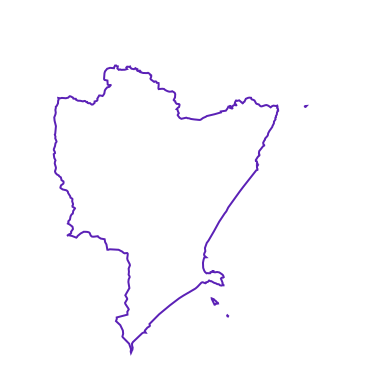 outline of Ky Anh, Ha Tinh, Vietnam, rotated 76°
{"feature_id": "81297802B12468750690576", "entity_name": "Ky Anh", "entity_type": "district", "adm_level": 2, "iso_a3": "VNM", "parent_name": "Vietnam", "parent_adm1": "Ha Tinh", "projection": "robinson", "projection_center": [106.198, 18.11], "detail": "fine", "context": "isolated", "style": "outline", "palette": "violet", "viewbox_px": 384, "rotation_deg": 76, "n_neighbors": 0, "source": "geoboundaries", "source_scale": "gbopen_adm2", "svg_char_len": 6005}
<svg xmlns="http://www.w3.org/2000/svg" viewBox="0 0 384 384"><g transform="rotate(76 192 192)"><path d="M51.7,241.5L51.9,244.5L53.9,247.2L55.6,248.2L61.1,250.0L62.1,249.7L63.4,247.1L67.3,247.8L67.8,247.4L68.4,246.0L68.5,245.1L68.8,245.1L69.9,246.7L70.0,249.0L71.3,250.9L72.4,252.0L75.3,253.3L76.9,255.0L77.2,255.6L76.3,257.3L75.9,258.7L78.7,261.4L79.8,261.4L80.4,262.0L80.6,262.7L80.6,264.6L82.0,265.0L83.1,267.1L82.8,268.3L81.1,269.5L80.8,271.0L80.3,271.7L79.3,271.9L79.2,272.7L77.8,273.8L77.6,274.5L77.7,275.9L76.5,278.2L75.8,280.6L74.4,282.2L73.5,282.2L72.7,284.5L71.6,284.7L69.8,286.7L69.5,287.6L70.5,289.3L70.5,291.7L69.2,295.6L69.2,297.2L68.4,299.0L70.2,299.1L71.0,299.8L73.6,300.6L75.8,302.5L76.3,303.5L77.5,303.8L79.3,304.7L82.0,305.0L83.6,305.7L86.3,307.6L89.7,308.1L95.2,308.1L101.5,310.3L102.6,310.7L103.0,311.2L105.3,311.1L106.8,311.7L110.1,311.2L110.7,311.5L111.7,312.7L114.3,313.8L117.0,315.7L117.9,315.9L119.9,315.4L121.1,315.5L121.8,317.0L125.6,317.4L128.3,316.8L129.6,317.7L131.2,318.3L135.2,318.1L136.5,318.5L138.7,319.9L140.2,319.9L142.2,318.9L143.8,317.2L144.5,317.1L146.1,315.7L149.0,315.7L150.6,314.2L151.2,314.2L152.1,314.4L152.8,314.9L153.9,317.5L155.7,318.6L156.3,318.6L158.2,316.9L159.8,313.8L160.5,313.0L161.6,312.4L163.1,312.4L166.7,311.2L168.0,311.3L169.4,309.9L169.9,309.7L172.0,310.5L174.9,310.3L175.7,310.6L176.3,311.3L177.4,311.5L179.2,309.6L179.6,309.5L181.6,311.8L184.1,312.9L184.6,314.2L186.2,315.7L189.2,317.1L190.5,319.1L191.4,319.1L192.6,320.1L193.9,318.6L196.7,316.4L198.5,316.4L199.3,316.6L201.2,318.9L202.6,319.2L203.0,319.8L203.5,322.1L204.3,323.9L204.0,322.3L205.6,319.1L208.3,315.3L207.9,314.5L207.0,313.6L205.3,310.1L204.4,306.6L205.3,303.5L206.1,301.9L207.0,301.2L209.8,300.8L211.1,299.8L211.6,298.2L212.1,294.1L213.0,293.8L215.1,291.8L216.7,288.2L219.7,288.4L222.2,287.7L227.5,288.1L227.8,287.3L227.7,285.6L230.3,277.2L233.0,274.1L234.5,273.1L235.2,272.2L235.4,270.2L235.6,269.6L236.2,269.3L237.5,269.6L240.7,270.9L242.3,271.0L247.0,269.9L248.2,270.0L251.0,272.0L254.2,272.5L256.9,273.5L258.7,273.0L259.6,273.1L261.5,274.6L263.9,275.5L270.1,276.0L276.1,281.7L279.5,280.7L280.3,280.8L283.4,283.8L284.6,283.7L289.7,281.9L290.6,281.8L292.5,283.7L295.4,284.3L295.5,295.4L297.0,295.7L298.9,297.0L303.8,293.8L309.7,292.6L312.9,293.1L315.4,294.5L316.2,294.3L324.0,289.7L329.8,289.2L332.1,290.1L333.3,290.1L332.8,289.7L332.3,289.7L331.9,289.1L331.2,289.0L330.9,288.2L330.4,287.9L328.6,287.2L326.8,287.3L324.6,286.9L323.3,285.6L317.0,274.5L316.6,272.8L317.3,270.9L315.7,271.4L315.0,271.2L312.8,268.1L312.0,265.6L311.5,265.2L309.8,265.2L302.7,253.5L296.6,240.8L292.0,230.1L290.4,225.3L286.5,212.0L285.3,209.6L282.3,204.9L282.1,204.1L282.2,203.4L283.7,201.2L283.4,200.8L283.5,200.3L283.0,200.0L283.1,198.5L282.0,196.8L283.0,195.7L283.2,194.8L285.4,192.6L286.5,190.8L287.5,189.8L288.0,188.3L289.2,187.5L289.9,186.2L289.9,185.1L290.2,184.0L289.8,183.9L288.3,184.6L287.4,184.3L283.1,184.9L282.4,184.1L282.6,182.5L282.3,181.8L280.4,182.0L279.2,182.7L276.6,185.0L275.7,187.0L275.5,189.1L275.0,190.2L273.9,190.2L273.6,191.2L274.5,191.6L274.2,193.4L275.2,193.9L274.9,195.5L274.5,196.2L274.4,197.6L272.6,198.8L271.1,199.2L268.3,199.5L263.4,198.5L260.6,197.2L258.8,196.1L258.5,195.8L258.8,194.0L257.1,195.2L255.9,195.5L254.7,195.0L252.7,193.4L249.5,193.0L245.0,190.0L243.1,187.7L235.4,180.2L227.4,172.8L220.8,165.6L219.1,163.4L215.8,160.6L203.0,145.5L199.3,140.9L186.5,124.4L186.4,123.2L185.6,122.9L184.4,123.1L181.5,122.5L181.4,121.9L181.9,121.6L181.7,121.4L181.1,121.9L180.5,121.6L180.0,122.0L179.5,121.7L178.0,121.7L177.5,122.5L176.5,122.4L173.9,119.7L172.9,117.9L172.4,118.1L171.7,117.5L171.1,117.8L170.3,117.6L168.6,116.9L164.8,112.0L164.4,110.7L164.0,110.6L162.7,111.2L161.4,111.0L159.4,109.3L159.0,108.6L157.8,108.1L155.9,105.3L155.1,104.6L153.5,103.9L151.5,102.1L148.3,98.4L147.4,97.9L145.3,96.0L143.5,95.4L141.7,93.4L140.4,93.3L139.7,92.4L138.7,92.3L137.4,91.0L135.2,90.2L134.1,88.8L133.4,89.1L132.7,88.5L131.3,88.6L130.9,89.1L129.9,88.4L128.8,88.4L128.9,89.6L127.9,92.1L128.1,93.6L128.9,95.2L126.8,97.0L125.7,98.5L125.5,99.9L125.8,103.6L125.5,104.5L124.9,105.1L123.2,106.0L122.2,107.8L121.5,108.4L118.4,109.2L117.5,110.1L116.6,111.6L116.0,111.9L114.9,111.9L114.3,113.5L114.2,114.8L114.6,117.2L117.1,119.3L117.3,120.3L118.1,121.0L118.2,121.4L114.5,124.0L114.5,126.3L114.0,126.8L113.9,127.2L115.3,128.5L116.7,129.2L117.7,128.1L118.5,128.0L118.6,128.3L117.8,129.3L118.1,131.1L119.4,133.0L120.4,132.5L120.7,133.0L119.6,134.7L117.8,134.0L117.7,134.3L118.0,134.6L117.9,136.0L119.5,137.3L121.3,139.5L120.8,144.6L121.8,144.7L121.8,145.4L122.0,151.2L121.9,159.3L122.4,160.6L122.8,163.2L124.0,166.2L123.9,167.3L122.1,172.3L120.9,175.3L119.7,177.2L119.4,178.3L118.5,179.6L118.4,184.6L117.0,186.1L114.1,187.3L113.4,187.0L112.3,185.7L110.7,186.1L108.4,186.2L107.9,186.9L106.8,185.2L106.4,184.0L104.9,183.2L104.1,183.0L103.5,183.4L102.7,185.6L101.1,186.4L99.9,186.3L99.0,187.2L98.3,187.5L96.1,185.6L93.0,184.6L91.6,184.8L90.7,185.5L89.4,186.9L89.6,187.8L89.1,189.9L88.2,191.4L86.7,193.2L85.2,194.3L84.6,196.0L84.1,199.4L83.2,199.5L79.6,198.3L78.2,198.1L77.5,199.8L76.5,199.9L76.0,200.3L75.7,201.3L76.0,202.1L72.8,204.7L72.0,204.9L70.3,203.7L69.6,203.5L69.0,203.9L68.7,203.5L66.3,205.2L65.7,205.9L65.8,206.7L64.7,210.6L63.3,213.0L62.6,212.7L61.7,213.2L62.2,214.1L61.3,214.8L61.5,215.1L61.3,215.6L60.3,215.8L59.6,215.3L59.0,215.9L58.9,216.2L59.4,216.4L58.2,217.0L58.8,218.6L57.7,220.9L57.3,221.2L56.3,221.5L56.0,222.0L55.3,221.9L55.4,222.6L54.7,224.6L55.3,225.6L56.0,225.4L56.6,225.8L57.0,225.5L57.1,227.6L56.3,231.3L55.6,232.2L55.8,233.4L54.1,234.5L52.2,233.6L51.9,234.4L50.9,235.0L50.7,236.1L51.8,236.9L52.2,237.5L53.0,237.8L51.7,241.5ZM300.6,198.7L306.8,197.4L306.9,197.0L306.3,196.2L306.5,193.7L305.8,193.7L304.3,195.1L303.6,195.2L302.6,196.1L301.3,196.8L300.0,198.6L300.6,198.7ZM136.5,61.8L136.9,61.2L136.2,60.1L136.0,61.3L136.2,61.8L136.5,61.8ZM321.3,187.6L321.5,187.2L321.1,186.9L320.2,187.5L320.5,187.8L321.3,187.6Z" fill="none" stroke="#5b21b6" stroke-width="2"/></g></svg>